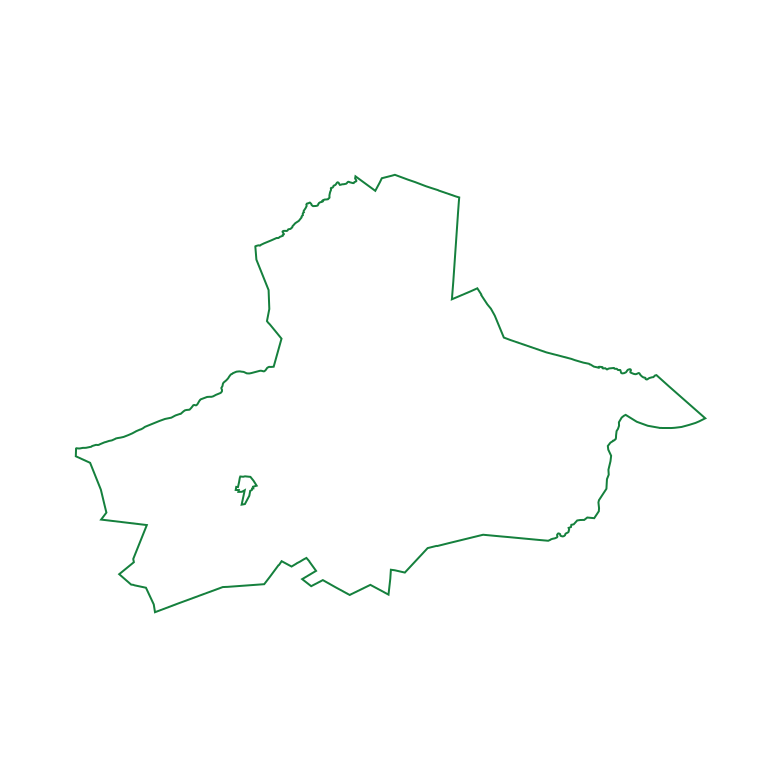 the district of Gwanda, Matabeleland South, Zimbabwe, rotated 263°
{"feature_id": "62879985B81037274427079", "entity_name": "Gwanda", "entity_type": "district", "adm_level": 2, "iso_a3": "ZWE", "parent_name": "Zimbabwe", "parent_adm1": "Matabeleland South", "projection": "equal_earth", "projection_center": [29.396, -21.277], "detail": "fine", "context": "isolated", "style": "outline", "palette": "green", "viewbox_px": 768, "rotation_deg": 263, "n_neighbors": 0, "source": "geoboundaries", "source_scale": "gbopen_adm2", "svg_char_len": 6072}
<svg xmlns="http://www.w3.org/2000/svg" viewBox="0 0 768 768"><g transform="rotate(263 384 384)"><path d="M593.6,381.0L591.9,380.5L591.5,380.4L589.7,381.2L589.4,381.3L588.7,381.2L588.3,380.4L588.0,379.2L587.1,378.4L587.2,377.6L588.0,375.6L588.3,374.8L589.0,373.6L589.0,373.0L588.7,372.4L587.8,371.5L587.4,370.8L587.2,368.5L587.3,366.8L587.1,365.6L587.0,364.5L587.9,364.0L589.2,363.5L589.4,363.3L589.8,362.7L589.8,362.4L589.5,361.8L588.3,360.8L587.6,360.1L587.4,359.7L587.1,358.6L586.9,358.1L586.1,357.8L585.3,357.0L585.1,356.5L585.1,355.5L584.7,355.1L583.6,355.1L583.2,355.1L580.8,353.8L577.8,352.8L575.6,352.6L575.2,352.2L574.8,351.4L574.4,351.2L574.2,350.8L574.2,349.2L574.3,347.6L573.9,345.9L573.6,345.4L573.1,345.9L572.7,345.6L572.3,344.4L572.2,343.1L572.0,342.4L571.5,341.5L570.6,340.7L570.1,340.6L569.2,339.8L569.0,338.1L569.2,335.3L569.5,334.9L570.4,334.0L571.7,333.7L572.4,333.1L572.9,332.8L573.1,332.5L572.9,331.7L572.5,330.7L572.6,330.3L572.4,329.4L571.6,328.8L570.8,328.9L570.1,328.9L568.0,327.5L565.6,325.4L564.7,325.2L564.2,325.4L563.7,324.6L563.3,324.4L563.1,324.2L562.6,324.0L561.5,324.1L560.7,323.0L560.3,322.6L559.4,322.5L556.2,319.2L555.5,317.7L554.4,315.5L551.6,312.3L550.6,312.0L550.1,311.1L549.4,310.2L549.3,309.7L549.2,307.9L548.0,306.8L547.8,306.1L548.2,303.2L548.1,302.7L547.9,302.1L547.7,301.9L547.2,301.9L545.8,302.5L545.1,302.9L544.9,302.9L544.6,302.6L544.2,301.6L543.9,301.5L543.5,301.6L543.4,301.4L542.7,298.5L542.2,297.8L541.8,297.0L541.8,296.3L542.0,295.6L542.0,295.2L540.3,289.6L538.2,282.0L537.1,278.7L536.8,278.4L536.5,277.8L536.5,277.5L536.9,276.8L536.8,275.1L536.4,273.2L535.9,273.0L535.1,273.0L523.0,272.5L491.3,280.9L472.4,279.3L460.7,275.5L459.1,276.4L457.0,278.0L441.5,287.8L414.6,276.6L414.7,274.0L415.0,272.0L414.8,271.3L414.3,270.1L412.0,268.0L411.7,267.5L411.2,266.5L411.2,266.2L412.2,263.5L412.2,262.2L411.0,253.5L410.9,251.8L410.9,251.4L411.3,249.1L413.1,246.2L413.7,243.7L413.9,243.2L414.1,242.4L414.2,240.9L414.2,239.0L413.1,235.2L412.6,234.7L412.5,234.0L412.0,233.0L410.3,231.3L408.9,230.2L408.2,229.5L406.8,227.8L405.0,225.0L404.0,224.2L401.6,223.4L399.9,222.1L399.3,222.1L398.0,222.5L396.6,222.3L395.7,221.6L395.1,220.8L394.9,220.2L393.7,215.8L392.6,213.0L392.3,211.1L392.6,208.8L392.7,206.9L392.6,206.4L391.1,200.2L390.7,199.6L390.4,199.5L390.0,198.9L386.6,196.3L385.8,195.2L385.8,194.5L386.3,193.1L386.2,192.2L383.8,189.8L382.3,188.0L382.2,187.4L382.3,184.8L382.1,183.2L381.3,181.7L379.1,178.5L379.2,178.0L378.2,173.2L376.5,168.8L376.0,162.4L374.7,156.7L370.6,141.5L369.4,139.3L368.5,136.9L368.6,136.6L367.3,132.1L367.2,132.0L365.7,128.2L364.5,124.2L363.2,119.1L362.9,116.0L362.8,113.0L362.6,111.2L362.2,110.3L361.2,107.0L361.0,104.1L360.3,100.7L360.2,99.6L358.8,94.6L358.5,94.0L358.3,92.7L358.7,90.7L358.0,86.7L357.5,86.0L357.4,85.6L357.0,80.5L357.1,78.8L357.3,77.3L357.1,74.2L357.2,73.1L357.7,71.0L357.7,70.8L357.5,70.5L349.8,69.3L341.6,82.7L313.6,90.1L297.7,91.9L290.2,92.8L283.9,86.7L272.9,131.4L240.9,113.8L237.6,114.0L227.5,98.0L215.7,108.6L215.2,110.7L214.6,111.8L210.8,122.9L193.3,128.6L185.4,128.9L191.4,153.6L202.1,199.2L201.7,204.3L199.9,240.7L206.6,247.3L217.0,257.2L217.2,257.8L220.6,260.8L214.1,270.0L216.4,275.2L216.6,275.4L217.9,278.9L219.7,282.9L220.8,285.8L217.1,288.3L216.8,288.3L206.8,293.8L200.3,279.0L192.2,287.1L196.8,299.4L188.1,311.2L178.8,324.2L186.3,346.0L174.4,362.8L189.9,366.5L198.8,368.2L197.8,372.0L194.3,381.7L215.8,407.3L216.9,416.3L216.7,417.2L218.1,428.5L222.3,464.0L218.4,481.8L217.0,488.4L210.4,518.5L208.4,527.9L209.1,530.2L209.4,530.6L209.8,532.3L210.0,534.8L210.6,536.8L211.0,537.3L211.4,537.5L212.7,537.4L213.3,537.5L214.3,538.4L214.4,539.3L213.5,540.5L212.1,540.6L211.8,540.8L211.0,542.4L211.0,543.6L211.2,544.2L211.8,545.2L213.2,545.9L213.7,546.8L213.8,547.3L214.3,548.6L214.8,549.2L215.4,549.4L216.0,549.5L216.7,550.0L218.7,549.7L219.2,552.1L221.4,552.8L221.6,555.2L225.0,559.1L225.1,562.2L224.7,566.2L226.7,569.5L225.2,576.3L231.5,581.7L234.5,582.3L240.3,582.4L242.5,583.2L252.9,592.0L262.4,593.7L266.6,596.0L271.5,596.3L279.8,599.4L285.1,600.7L291.5,598.6L295.2,598.6L298.2,601.6L299.9,605.3L300.0,605.2L300.1,605.6L301.2,607.3L302.4,607.7L304.8,608.1L308.9,609.1L311.0,610.8L313.9,612.2L317.4,612.5L321.7,615.8L323.2,618.2L323.9,620.1L315.7,630.3L310.4,640.7L307.0,651.8L306.8,652.1L306.0,658.3L305.3,663.6L305.1,667.4L305.1,674.1L306.2,681.8L307.4,688.4L308.5,692.2L310.8,698.7L347.1,666.4L359.6,655.5L359.4,654.0L358.0,652.2L358.0,650.8L357.6,648.1L356.5,645.8L356.5,645.2L356.8,644.6L357.0,644.3L357.6,644.2L357.9,644.3L358.2,644.1L358.5,643.7L358.9,642.3L360.3,640.7L361.9,639.5L363.3,638.9L363.8,638.3L363.8,637.9L363.1,635.6L363.1,634.6L363.4,633.7L363.6,633.1L365.0,630.6L365.5,630.0L366.0,630.0L366.6,630.2L366.8,630.4L367.7,630.8L368.4,630.5L368.7,630.0L368.7,629.3L368.4,627.9L368.0,627.3L366.3,625.8L366.1,625.5L365.5,623.6L365.5,621.9L365.8,621.1L366.3,620.7L368.8,620.3L369.1,620.1L369.2,619.7L369.3,618.2L369.7,617.6L370.0,617.5L370.6,617.0L370.8,616.5L370.9,615.3L371.0,614.9L371.2,614.5L371.8,614.3L371.9,614.1L372.0,609.4L371.7,608.1L371.4,607.7L371.3,607.1L372.7,605.5L372.7,603.8L372.9,603.0L373.1,602.8L373.3,602.8L373.7,603.0L373.9,603.0L374.2,602.7L374.8,600.2L374.8,599.1L374.5,598.9L374.4,599.2L374.0,599.2L374.0,598.8L374.4,598.1L375.7,594.4L378.2,591.3L378.3,590.7L379.1,589.9L380.9,584.5L384.4,576.4L386.1,573.0L395.6,549.0L412.2,514.9L415.5,508.6L438.3,502.3L445.7,499.3L450.4,496.3L460.5,491.3L461.0,491.5L467.6,488.3L465.4,481.2L459.8,461.7L461.3,462.1L462.2,462.2L476.9,465.2L542.6,477.9L543.2,478.0L555.8,480.5L560.0,481.4L561.3,478.4L569.4,461.8L569.8,461.3L572.5,455.4L575.2,449.7L580.6,439.5L583.9,432.7L590.3,420.3L589.8,417.2L588.5,406.9L584.9,404.6L576.8,398.9L593.6,381.0ZM296.4,227.0L296.9,223.9L299.9,224.8L299.5,226.5L304.0,228.1L308.3,229.4L309.7,230.1L309.1,232.9L309.3,234.8L308.1,240.1L303.9,242.7L298.6,245.2L298.0,241.5L296.3,241.6L296.3,240.3L295.4,240.2L294.8,239.8L294.3,238.2L289.5,236.7L281.8,231.3L281.6,228.0L295.5,232.8L294.3,229.8L294.7,226.3L296.4,227.0Z" fill="none" stroke="#15803d" stroke-width="2"/></g></svg>